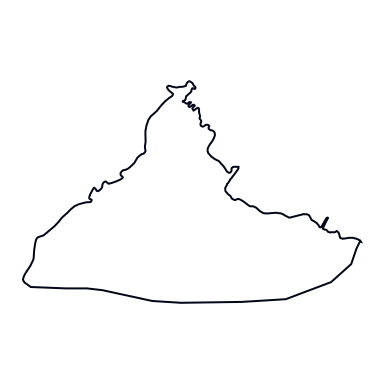 outline of Cap Estate/Upper Saline Point, Saint Lucia
{"feature_id": "8701671B39792436227120", "entity_name": "Cap Estate/Upper Saline Point", "entity_type": "district", "adm_level": 2, "iso_a3": "LCA", "parent_name": "Saint Lucia", "parent_adm1": "", "projection": "mercator", "projection_center": [-60.944, 14.108], "detail": "fine", "context": "isolated", "style": "outline", "palette": "ink", "viewbox_px": 384, "rotation_deg": 0, "n_neighbors": 0, "source": "geoboundaries", "source_scale": "gbopen_adm2", "svg_char_len": 5952}
<svg xmlns="http://www.w3.org/2000/svg" viewBox="0 0 384 384"><path d="M361.0,241.9L360.2,240.5L359.2,240.0L358.4,239.6L357.9,239.3L356.8,239.0L356.3,238.6L355.5,238.4L354.6,238.4L353.6,238.0L352.9,237.8L352.2,237.8L351.7,237.8L351.1,237.8L350.4,237.8L349.3,237.9L348.7,237.9L348.0,237.9L347.2,238.1L346.7,238.2L345.9,238.3L345.4,238.4L344.8,238.5L344.1,238.5L343.5,238.6L342.9,238.8L342.1,238.5L341.5,238.3L340.9,238.2L340.4,238.1L340.1,237.5L339.9,236.8L339.6,236.0L339.4,235.3L339.3,234.3L338.8,233.2L338.5,232.6L337.7,231.8L336.7,231.0L335.8,231.6L335.3,232.0L334.3,232.3L333.3,232.2L332.7,232.3L331.7,232.2L331.0,232.2L330.1,232.5L329.1,232.1L328.3,232.0L327.7,231.4L327.3,230.8L326.6,230.1L325.7,229.6L325.1,229.5L324.4,229.5L323.8,229.3L322.9,228.7L323.2,227.5L323.7,226.6L324.0,225.8L324.3,225.3L324.8,224.4L325.1,223.6L325.6,222.6L325.8,222.1L326.2,221.4L326.7,220.5L327.0,219.9L327.5,219.0L327.8,218.6L327.9,217.8L327.3,217.6L326.7,217.9L326.2,218.5L325.9,219.0L322.2,225.5L321.7,226.3L321.4,226.7L320.7,227.4L320.2,227.4L319.6,227.1L319.3,226.6L318.6,225.4L318.3,224.9L317.8,224.4L317.3,223.8L316.8,223.1L316.4,222.8L315.9,222.5L315.1,222.0L314.2,221.3L313.3,220.9L312.5,220.4L311.6,219.9L311.0,218.9L310.7,218.2L310.2,217.2L309.9,216.7L309.5,216.0L309.2,215.5L308.8,215.1L307.9,214.7L307.2,214.4L306.7,214.2L305.1,214.3L304.3,214.2L303.8,214.2L303.0,214.1L302.4,214.5L301.7,214.6L300.1,215.0L290.3,217.5L289.1,217.6L288.1,217.1L287.4,216.7L286.3,216.2L285.6,215.9L284.3,215.0L283.5,214.6L282.5,214.0L281.8,213.7L280.8,213.4L280.3,213.3L279.3,213.2L278.7,213.2L277.9,213.1L277.2,212.8L275.9,212.8L275.3,212.9L274.2,212.9L266.8,213.5L266.1,213.3L265.4,213.3L264.4,213.3L263.6,213.2L262.7,212.8L262.1,212.4L261.2,211.9L260.6,211.5L259.8,211.1L259.3,210.6L258.8,210.2L258.3,209.7L257.8,209.2L257.3,208.7L256.8,208.3L256.3,207.8L255.8,207.5L254.8,207.0L254.2,206.7L253.1,206.4L252.3,206.2L251.4,206.3L250.9,206.4L250.0,206.2L249.5,206.0L248.6,205.4L248.1,205.0L247.6,204.7L247.0,204.1L246.6,203.8L246.1,203.5L245.7,203.2L245.2,202.8L244.6,202.4L243.9,201.8L242.7,201.0L242.2,200.8L241.7,200.4L240.7,199.8L239.7,199.3L239.0,199.1L238.3,199.0L237.8,199.0L237.2,199.2L236.4,199.5L235.7,199.8L235.1,200.1L234.5,199.9L233.6,199.6L233.1,199.3L232.1,198.8L231.7,198.3L231.3,197.6L230.9,196.9L230.5,196.1L229.9,195.7L229.5,195.3L229.0,194.8L228.5,194.5L228.0,194.1L227.6,193.8L227.2,193.1L226.6,192.6L226.1,191.9L225.7,191.4L225.4,190.9L225.3,189.9L225.2,188.7L225.3,188.0L225.5,187.4L225.9,186.7L226.3,186.0L226.7,185.3L227.0,184.6L227.2,183.8L227.8,183.4L228.2,182.9L228.5,182.3L229.1,181.6L229.6,180.8L230.1,179.6L231.0,178.7L233.5,175.4L235.0,173.5L236.3,171.6L237.7,169.8L238.4,168.3L238.5,166.9L237.8,166.8L236.7,166.8L235.6,166.8L234.3,166.8L233.0,167.0L232.4,167.5L231.6,168.3L231.5,169.4L231.5,170.5L231.3,171.4L230.9,171.8L230.4,172.4L229.5,172.8L228.8,172.7L227.5,172.0L227.1,171.6L226.5,170.8L226.1,170.3L225.6,169.3L225.2,168.7L224.5,167.7L223.8,166.6L223.2,165.9L222.5,165.1L221.9,164.5L221.3,163.9L220.6,163.1L220.2,162.5L219.7,162.0L219.3,161.5L218.6,161.0L217.9,160.5L217.4,160.4L217.0,160.2L216.4,159.9L215.9,159.6L215.0,159.1L214.5,158.9L214.1,158.5L213.6,158.3L212.7,157.5L211.6,156.9L210.7,155.9L209.5,154.5L208.9,153.8L208.3,153.2L208.0,152.4L207.7,151.4L207.6,150.5L207.7,148.7L208.1,147.7L208.8,146.2L209.4,145.4L209.7,144.5L210.3,143.8L210.9,143.1L211.3,142.3L212.0,141.6L212.5,140.7L213.1,139.8L213.5,138.8L213.8,138.1L214.1,137.5L214.6,136.3L214.9,135.2L214.9,134.4L214.7,132.9L214.2,131.8L213.6,131.3L212.9,130.8L211.6,130.3L210.5,130.1L209.9,129.8L208.7,128.7L208.6,128.1L208.6,127.4L209.1,126.7L209.2,126.0L208.3,125.1L207.3,124.8L206.5,124.7L205.7,124.9L205.1,125.4L203.9,126.2L202.9,126.6L201.7,126.3L200.7,125.5L200.5,123.5L201.2,121.9L201.2,120.9L200.8,120.0L200.0,119.2L199.6,118.5L199.8,117.3L200.1,116.1L199.7,114.7L199.2,112.9L199.0,111.8L199.1,110.0L198.8,108.4L198.0,107.8L196.1,108.7L194.7,109.9L193.5,110.5L193.0,109.7L192.4,108.4L193.0,107.4L193.9,106.7L194.7,105.8L194.5,105.2L193.7,104.7L192.7,104.9L190.7,106.4L189.8,107.0L189.0,106.8L188.4,106.0L188.5,105.2L189.0,104.4L190.5,103.3L190.9,102.3L190.2,102.1L189.2,102.2L188.0,103.1L187.4,103.5L186.6,103.6L185.9,103.3L184.7,102.4L182.8,101.7L182.9,101.1L184.1,100.7L185.3,99.8L185.8,98.6L185.9,97.2L186.1,96.4L188.3,94.3L190.3,92.7L191.3,91.3L191.6,89.5L192.4,88.3L193.3,88.2L194.2,88.9L195.1,88.8L195.5,88.0L195.3,86.9L193.9,85.7L192.5,83.2L190.6,81.7L189.2,81.2L187.5,82.2L186.8,83.3L186.2,84.6L185.8,85.9L183.4,86.6L181.2,86.9L179.9,86.8L178.5,87.2L176.6,87.5L173.1,86.9L170.6,86.2L169.4,85.9L168.3,85.9L167.3,86.6L167.0,87.5L167.7,88.9L169.1,90.6L173.0,93.9L172.8,94.9L172.1,96.0L169.3,97.9L165.3,101.1L161.5,105.1L156.7,111.1L150.7,116.4L148.3,120.1L146.4,125.9L145.5,130.6L145.4,133.3L145.6,141.7L144.9,146.7L145.2,149.1L145.5,150.8L145.1,152.1L143.6,153.6L141.6,154.2L139.0,156.2L137.4,157.7L134.3,163.0L131.7,165.5L129.9,167.2L128.1,168.6L126.1,169.6L124.2,170.1L123.4,170.1L121.9,171.2L120.6,172.9L120.6,174.8L121.3,175.8L122.1,176.4L122.8,177.4L122.4,178.1L120.3,179.6L115.4,181.7L110.9,183.2L108.5,183.7L107.1,182.5L106.0,181.6L104.5,181.7L103.1,183.1L102.4,184.5L102.2,187.0L101.3,188.6L99.6,190.2L97.9,191.2L96.7,190.8L95.7,189.0L94.3,187.8L93.7,188.0L92.2,190.6L90.2,194.4L89.3,196.9L89.2,198.2L90.0,199.2L91.1,199.5L91.7,200.0L91.2,201.4L90.8,201.8L90.3,202.1L86.2,202.3L79.2,204.1L74.7,206.1L70.4,209.6L67.7,212.5L65.9,214.1L62.6,217.0L60.6,219.3L58.3,222.2L54.6,226.1L46.9,232.6L43.9,235.1L42.7,235.7L40.4,236.4L38.3,237.1L36.8,238.3L35.9,240.3L35.1,243.9L34.3,249.1L33.9,254.1L33.7,257.7L33.3,259.7L31.9,262.7L30.2,266.1L28.6,268.5L26.8,271.1L25.4,273.4L24.2,275.6L23.4,277.7L23.0,279.6L23.6,281.2L24.8,282.7L26.3,283.8L30.8,287.0L65.9,288.4L86.9,288.4L102.6,290.2L119.1,293.8L152.3,301.0L181.1,302.8L242.1,301.9L285.7,299.2L331.1,282.1L351.2,264.1L356.4,248.8L359.9,241.6L361.0,241.9Z" fill="none" stroke="#020617" stroke-width="2"/></svg>